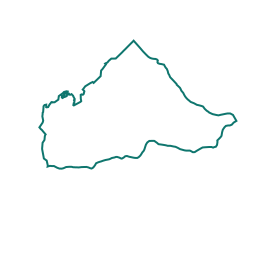 Al-Haffa, Lattakia, Syria, rotated 226°
{"feature_id": "27442178B95231031847739", "entity_name": "Al-Haffa", "entity_type": "district", "adm_level": 2, "iso_a3": "SYR", "parent_name": "Syria", "parent_adm1": "Lattakia", "projection": "equal_earth", "projection_center": [36.135, 35.638], "detail": "fine", "context": "isolated", "style": "outline", "palette": "teal", "viewbox_px": 256, "rotation_deg": 226, "n_neighbors": 0, "source": "geoboundaries", "source_scale": "gbopen_adm2", "svg_char_len": 4390}
<svg xmlns="http://www.w3.org/2000/svg" viewBox="0 0 256 256"><g transform="rotate(226 128 128)"><path d="M190.0,64.7L188.4,64.6L187.7,64.5L187.1,64.6L186.5,64.7L185.5,64.6L180.7,64.3L180.7,64.2L179.9,62.5L177.5,59.7L177.4,59.5L176.7,56.3L173.1,52.2L172.8,51.9L172.5,51.6L170.7,50.4L167.2,48.1L164.5,46.3L161.9,46.7L161.1,46.9L156.8,44.3L156.4,43.8L156.1,43.4L155.8,44.1L155.0,45.5L153.4,46.9L152.1,48.3L150.6,48.8L150.3,48.9L148.7,49.4L146.4,50.5L144.8,52.1L143.9,53.6L143.4,55.0L142.9,56.4L141.8,57.7L140.9,58.8L139.3,60.4L138.9,60.7L138.0,61.2L136.3,62.8L135.0,64.1L133.9,65.1L132.7,66.7L132.0,67.6L129.9,69.9L128.8,71.1L127.2,72.1L125.5,72.8L124.2,73.6L124.1,74.0L123.8,74.6L123.8,76.5L124.2,78.6L124.3,79.1L124.8,80.4L124.5,81.4L124.0,82.8L123.0,84.8L122.7,85.3L121.9,87.1L121.5,87.9L120.6,89.6L119.1,91.9L118.5,92.9L118.2,93.7L117.6,95.6L116.2,97.8L115.6,99.1L115.5,99.3L114.7,100.1L112.7,101.2L110.7,101.9L110.6,102.0L110.2,102.5L109.8,104.1L109.7,104.6L109.6,106.4L108.6,107.8L107.4,108.4L106.8,108.7L106.0,109.2L104.1,110.5L102.9,111.3L101.7,112.2L101.3,112.6L101.1,112.8L100.0,113.9L99.6,115.5L99.6,117.8L100.0,119.6L100.5,121.4L100.6,123.1L101.1,124.7L102.4,127.1L103.6,129.4L104.2,131.8L103.9,134.3L102.0,136.4L100.4,138.0L99.1,138.2L97.0,138.6L95.2,138.7L92.4,140.9L89.7,142.9L88.8,143.5L87.6,144.2L85.9,146.0L83.1,147.9L81.5,149.1L79.2,150.0L76.6,150.8L74.4,152.1L72.7,153.1L71.4,154.1L69.9,155.6L68.8,156.8L66.9,157.5L65.8,157.7L64.9,158.5L64.3,159.3L63.9,161.4L62.9,165.5L62.2,168.1L60.5,170.2L58.2,172.9L56.3,174.9L54.8,175.6L54.5,176.4L54.1,177.2L53.5,178.2L54.0,180.3L55.9,182.8L56.4,183.1L57.0,183.6L57.0,185.5L57.1,188.1L57.4,189.8L59.6,192.8L60.9,195.0L61.5,197.9L61.5,199.9L60.4,201.6L59.1,203.0L58.3,204.9L58.5,207.8L57.8,210.9L64.5,212.6L67.5,211.6L69.3,209.7L70.2,208.4L72.1,205.4L73.2,203.7L74.2,201.9L75.7,200.8L79.2,198.5L82.8,197.1L83.9,197.1L84.8,196.8L86.1,196.6L88.6,196.5L91.2,196.9L92.6,196.3L95.1,194.8L96.9,193.6L99.9,192.7L103.2,191.2L105.5,191.0L107.1,190.8L109.0,190.8L111.0,191.0L113.0,191.5L114.8,192.1L117.8,192.3L118.9,192.7L120.0,193.1L120.9,193.3L123.5,193.2L125.3,193.1L125.9,193.5L130.8,193.6L135.1,193.6L135.8,193.8L137.8,194.6L139.1,194.8L141.5,196.2L143.7,197.0L145.0,197.0L146.5,197.3L148.5,197.9L150.7,196.5L152.4,195.2L153.8,194.6L154.9,194.9L155.9,196.4L157.2,196.4L158.5,195.8L159.8,194.6L160.6,194.0L161.3,193.5L162.8,192.7L165.0,192.1L168.3,192.0L172.7,192.0L177.3,192.3L186.9,192.7L186.8,190.9L186.8,189.0L186.7,184.3L186.6,180.7L186.6,179.5L186.6,178.4L186.5,176.2L186.5,174.9L186.5,167.4L189.5,164.2L189.7,160.9L189.4,158.5L189.9,157.5L190.2,156.3L189.6,156.3L189.1,156.3L188.1,150.6L188.0,148.6L184.3,144.3L184.3,138.6L184.3,134.6L185.6,134.6L186.4,132.3L187.7,126.2L187.2,123.1L187.1,122.3L187.1,122.2L184.9,122.2L184.6,122.0L184.5,121.9L184.1,121.0L184.1,120.9L183.3,120.0L183.3,118.6L183.9,118.3L184.5,117.9L184.7,117.0L182.1,114.6L181.9,114.4L181.0,113.8L180.9,113.7L180.2,113.3L179.8,113.0L179.8,112.0L182.0,104.2L182.0,103.9L182.1,104.1L183.6,106.3L183.4,106.8L183.5,106.9L183.7,107.1L183.8,107.2L183.9,107.3L184.0,107.4L184.1,107.5L184.6,108.3L184.9,108.4L185.1,108.4L185.1,108.5L185.5,108.5L185.7,108.8L185.7,109.0L185.6,109.3L185.7,109.6L185.8,109.8L187.0,110.1L188.7,110.6L188.8,110.7L189.0,110.7L189.4,110.9L190.0,110.9L191.6,110.9L192.0,109.6L193.1,108.7L193.1,108.8L193.3,109.0L193.5,109.1L193.5,109.3L193.8,109.4L194.1,109.2L194.4,108.0L194.4,107.8L194.3,107.0L193.6,106.3L193.6,105.9L193.9,105.0L194.0,104.8L194.1,104.6L194.3,104.0L194.4,103.8L194.7,103.7L194.7,103.9L194.9,104.8L195.0,104.8L195.3,104.8L195.6,104.8L195.5,104.5L194.9,102.5L195.0,101.8L195.9,101.6L197.0,103.0L196.5,103.4L196.2,103.0L195.6,103.1L195.5,103.5L195.8,104.2L196.0,104.8L196.2,105.4L196.2,105.7L196.9,105.8L197.3,105.4L197.6,105.4L197.7,106.1L197.4,106.2L197.5,106.6L197.6,107.0L197.3,107.1L197.2,106.9L197.0,106.7L196.8,106.8L196.7,107.3L196.2,107.7L196.1,108.2L196.0,108.8L195.7,109.3L196.1,110.0L197.1,109.3L198.4,106.9L198.3,105.3L199.0,100.4L197.9,99.0L196.8,97.6L197.1,95.7L197.5,93.1L198.1,92.4L198.4,92.1L198.7,91.6L199.0,91.6L199.6,91.3L199.8,90.6L199.5,89.3L199.5,88.4L199.3,88.0L199.3,87.5L198.5,85.1L199.2,84.1L199.4,83.8L199.8,83.6L201.6,85.4L202.5,83.9L202.3,82.4L201.9,81.9L201.4,81.4L198.4,78.0L198.3,77.3L197.0,75.9L195.9,74.5L192.2,72.1L191.2,70.4L190.0,64.7Z" fill="none" stroke="#0f766e" stroke-width="2"/></g></svg>